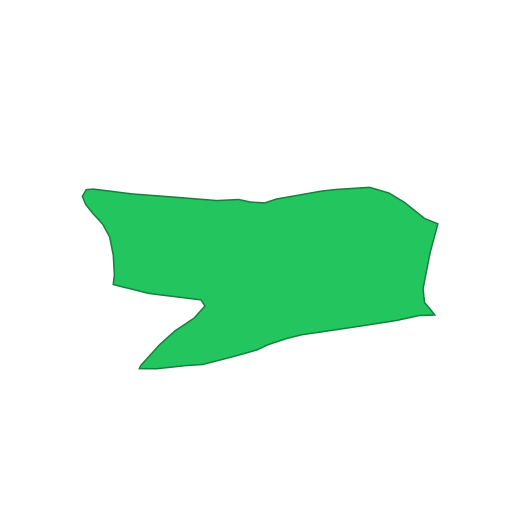 outline of Al-Thawra, Baghdad, Iraq, rotated 231°
{"feature_id": "34846034B91170973982462", "entity_name": "Al-Thawra", "entity_type": "district", "adm_level": 2, "iso_a3": "IRQ", "parent_name": "Iraq", "parent_adm1": "Baghdad", "projection": "equal_earth", "projection_center": [44.467, 33.386], "detail": "fine", "context": "isolated", "style": "filled", "palette": "green", "viewbox_px": 512, "rotation_deg": 231, "n_neighbors": 0, "source": "geoboundaries", "source_scale": "gbopen_adm2", "svg_char_len": 923}
<svg xmlns="http://www.w3.org/2000/svg" viewBox="0 0 512 512"><g transform="rotate(231 256 256)"><path d="M97.6,357.8L106.0,358.0L113.8,357.7L125.5,365.3L149.0,393.4L166.5,417.6L178.8,410.7L204.3,405.1L221.2,399.0L237.9,387.5L257.1,360.4L265.1,348.0L278.7,323.4L287.4,307.8L291.7,296.3L301.1,285.9L310.8,278.1L323.7,260.5L355.3,227.3L382.4,198.6L410.3,171.8L414.4,165.8L411.6,158.6L403.0,156.0L391.8,156.0L377.3,156.9L362.8,154.2L346.3,145.5L337.2,138.9L330.5,134.1L323.7,127.1L316.0,132.8L309.2,138.0L302.8,142.8L294.9,148.7L290.9,152.5L286.9,156.3L272.0,170.7L260.9,181.4L256.6,185.6L249.3,184.9L246.7,168.9L248.8,145.9L248.2,134.0L247.7,125.0L245.2,109.0L244.1,101.9L243.5,97.8L241.9,94.4L230.9,107.8L215.0,132.5L205.3,146.2L191.6,176.2L185.2,191.1L182.4,197.6L179.4,209.8L172.7,227.6L166.0,242.0L143.7,279.6L116.9,325.6L116.0,327.5L107.0,345.4L97.6,357.8Z" fill="#22c55e" stroke="#15803d" stroke-width="1.5"/></g></svg>